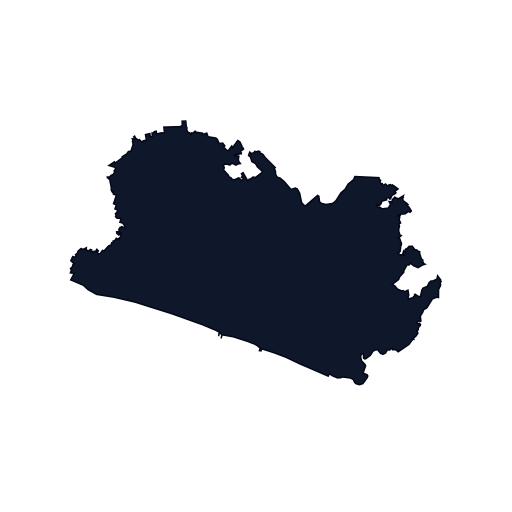 outline of Tuxpan, Veracruz, Mexico, rotated 135°
{"feature_id": "50627088B36827584115772", "entity_name": "Tuxpan", "entity_type": "district", "adm_level": 2, "iso_a3": "MEX", "parent_name": "Mexico", "parent_adm1": "Veracruz", "projection": "albers", "projection_center": [-97.453, 20.934], "detail": "fine", "context": "isolated", "style": "filled", "palette": "ink", "viewbox_px": 512, "rotation_deg": 135, "n_neighbors": 0, "source": "geoboundaries", "source_scale": "gbopen_adm2", "svg_char_len": 6124}
<svg xmlns="http://www.w3.org/2000/svg" viewBox="0 0 512 512"><g transform="rotate(135 256 256)"><path d="M403.9,370.1L398.8,357.5L398.5,350.8L395.9,341.6L385.5,327.2L374.5,309.5L356.4,274.8L342.5,245.4L336.8,231.5L335.9,228.1L339.1,225.7L336.4,227.6L335.5,224.5L339.0,222.4L335.7,224.2L335.4,223.8L329.1,214.8L322.8,202.5L319.3,194.8L318.4,191.3L318.3,187.7L320.5,186.7L319.6,185.4L317.5,186.2L311.6,174.7L306.5,163.4L301.2,148.5L289.9,120.0L287.3,120.9L286.7,117.4L284.6,112.2L282.0,109.9L280.4,109.3L275.6,103.1L274.5,99.8L275.7,96.8L275.5,94.8L273.8,91.8L270.7,90.2L263.5,91.3L261.8,92.1L261.4,93.5L262.8,96.7L262.5,97.8L256.2,100.8L255.6,102.3L255.5,107.2L253.3,110.8L250.8,112.1L249.1,111.0L252.2,107.7L251.9,106.3L250.9,105.7L245.3,104.9L240.5,106.0L237.6,104.9L236.3,103.5L236.8,99.0L235.7,96.7L233.2,95.8L229.4,96.7L227.9,94.9L226.5,95.2L225.5,94.5L225.7,93.1L223.5,91.0L223.2,87.7L210.3,85.3L204.1,86.3L203.4,85.5L203.1,86.5L199.5,86.3L196.1,86.9L195.4,89.1L193.4,89.1L192.7,90.0L190.5,90.7L190.0,91.9L188.9,91.9L188.9,90.8L188.1,91.3L188.0,92.7L189.2,93.5L189.7,94.8L189.1,95.5L186.1,94.6L186.3,93.6L185.5,93.3L182.3,97.3L177.7,98.4L175.6,99.5L171.8,98.5L161.7,100.9L157.7,99.3L156.3,97.6L150.6,103.2L146.3,104.7L144.4,106.9L143.1,107.1L143.0,108.5L142.3,108.6L141.6,113.6L144.4,111.7L148.6,113.3L150.0,114.6L152.3,114.8L156.3,113.4L160.7,115.2L162.8,114.6L168.7,110.9L169.9,113.2L170.5,116.5L171.1,116.6L171.8,115.2L173.0,115.9L174.4,115.5L179.1,118.2L175.6,120.4L172.7,124.4L176.2,125.6L176.4,127.5L177.7,128.3L179.3,132.5L179.0,137.0L179.9,139.6L171.9,138.5L169.2,139.7L163.0,140.0L161.8,141.1L155.6,142.9L154.2,141.5L151.9,141.6L151.4,137.5L149.6,133.1L145.0,132.0L142.3,130.7L142.7,131.7L142.3,133.5L140.8,135.4L141.2,136.8L138.7,141.8L137.2,143.3L138.2,145.0L137.9,146.2L139.9,149.3L139.0,149.3L138.6,152.5L141.0,154.6L144.3,154.4L145.0,155.0L145.8,155.0L145.8,154.3L147.2,152.8L147.7,155.3L150.6,153.8L151.0,151.8L151.6,153.4L153.0,154.6L153.8,157.4L151.0,157.3L147.7,159.7L147.2,160.8L146.1,160.7L144.4,161.8L141.8,167.4L142.0,168.1L138.9,167.7L139.4,168.9L137.7,172.4L135.8,174.3L133.7,175.4L132.2,177.7L130.4,177.1L129.2,180.3L126.7,182.0L126.3,182.6L127.6,183.9L126.0,184.6L124.9,182.8L123.5,183.5L123.0,182.3L120.7,180.3L117.0,179.8L116.0,177.9L114.3,178.0L113.3,182.2L113.6,184.0L112.9,184.9L112.2,184.7L112.1,186.4L113.0,187.0L112.3,187.6L112.8,190.9L111.8,193.0L110.4,193.2L110.3,194.0L109.3,194.4L115.2,195.9L115.5,197.5L116.2,197.9L116.2,199.5L120.1,199.4L121.4,197.8L123.4,200.3L124.5,197.3L128.7,196.4L133.7,200.4L133.7,202.4L134.9,203.6L135.4,205.3L135.2,206.9L134.4,206.6L133.2,204.4L130.4,204.6L128.3,205.8L123.9,203.3L123.0,204.7L120.8,203.5L121.1,201.5L119.2,201.7L119.4,202.5L114.6,202.5L114.7,201.9L112.4,201.7L112.1,203.5L108.1,203.0L108.9,208.4L109.4,208.4L109.3,209.9L110.3,210.2L110.6,211.6L111.7,212.3L112.5,211.6L113.4,212.1L113.5,215.3L116.3,216.0L115.5,217.9L116.5,218.8L116.0,220.8L114.5,221.3L114.5,223.4L113.6,224.4L129.9,242.3L133.0,241.0L140.0,241.7L145.8,240.2L151.3,240.6L160.2,238.6L163.1,238.7L165.0,239.2L170.1,243.0L172.5,246.9L172.7,249.5L169.3,253.8L169.6,255.3L185.6,256.5L186.2,258.1L185.9,261.7L180.8,269.4L179.4,274.3L180.1,276.2L184.2,278.3L183.4,288.9L183.9,294.4L184.5,294.3L185.2,297.4L184.2,300.2L182.6,301.8L181.0,305.0L179.9,305.0L179.9,319.4L179.3,322.2L179.5,324.3L180.4,325.6L179.4,327.2L180.3,328.6L182.7,329.8L182.7,330.8L184.8,330.6L186.8,331.8L187.0,333.9L190.2,332.3L189.9,329.9L192.2,325.7L191.0,321.7L192.0,318.0L191.7,312.0L192.2,310.9L193.5,310.9L200.9,311.9L202.2,313.9L205.4,314.4L206.8,315.2L207.2,314.6L208.7,314.9L206.2,324.1L208.2,324.4L208.5,322.5L210.7,321.8L209.9,320.3L210.4,319.6L212.6,319.1L212.9,323.5L217.1,325.0L218.7,327.2L218.4,328.9L219.1,331.0L218.4,332.7L218.1,338.9L217.7,340.3L216.1,340.7L215.0,343.1L213.3,343.1L211.4,341.1L210.2,338.8L207.4,338.6L205.9,334.4L203.6,333.8L201.7,332.4L201.3,335.1L200.1,336.9L197.6,338.6L200.1,341.8L200.0,342.8L197.7,341.9L197.5,341.5L198.1,341.6L197.0,340.5L194.8,339.6L194.3,338.7L193.5,339.1L193.7,340.1L192.7,340.9L189.2,340.4L188.7,341.4L189.7,342.5L188.3,343.4L186.7,348.1L187.2,350.6L195.8,349.2L195.4,350.9L201.3,350.1L201.8,350.8L202.0,355.9L200.2,355.9L199.7,359.4L202.5,361.5L200.8,366.0L201.0,367.9L205.6,374.3L203.9,377.7L208.0,379.7L206.9,380.6L210.8,385.9L210.8,387.0L211.7,386.5L211.8,387.5L213.0,387.1L214.5,388.5L215.9,387.6L215.7,390.1L216.7,390.9L215.8,394.2L214.2,395.4L213.8,396.8L210.2,401.1L212.9,403.6L215.8,400.4L216.9,400.8L217.2,400.2L230.0,412.3L233.7,407.7L236.1,410.3L240.0,412.4L238.3,414.8L239.5,415.6L240.4,415.8L240.8,415.2L242.6,416.5L244.6,413.8L246.4,415.0L244.5,417.7L248.3,420.0L251.6,415.4L254.0,417.1L256.2,417.3L256.1,420.7L257.3,421.2L257.8,424.5L257.1,426.6L258.3,426.7L258.2,425.9L259.3,424.6L260.6,426.3L261.2,424.6L262.3,424.5L263.7,422.0L270.4,418.5L272.3,420.1L275.2,419.6L279.5,420.6L280.7,420.7L281.0,420.0L289.7,421.2L289.5,422.7L296.0,424.0L293.2,418.8L293.5,416.6L295.7,416.8L297.2,415.1L299.0,414.6L301.9,415.6L303.4,415.2L305.3,417.0L305.7,416.4L305.4,413.4L310.1,406.5L311.9,404.8L312.4,402.7L311.6,402.5L313.1,400.6L311.8,397.7L319.8,393.7L318.5,391.0L322.5,389.0L321.2,386.4L323.2,385.4L323.0,384.9L325.4,385.4L326.8,383.0L327.5,383.1L327.6,381.1L324.9,377.9L328.4,376.1L327.0,373.5L327.7,369.3L329.0,369.3L330.3,371.8L331.1,371.4L331.8,371.7L331.8,372.3L334.1,371.9L335.0,369.8L337.4,371.7L338.4,370.5L338.2,367.8L335.6,369.1L336.0,368.2L335.2,367.6L335.4,366.9L336.8,367.2L337.2,365.2L341.2,365.5L340.9,364.5L342.3,365.0L341.7,365.6L342.2,367.3L345.0,366.8L346.7,367.6L347.0,366.5L348.5,366.7L348.9,367.4L351.2,366.0L352.1,367.1L353.8,367.4L360.0,367.0L360.5,368.5L364.4,367.9L366.2,369.0L365.9,370.5L363.9,371.1L363.8,373.3L364.9,373.1L364.9,371.7L365.5,371.2L366.8,372.8L366.6,373.4L369.4,375.1L367.9,376.5L368.5,377.8L371.4,378.2L371.4,380.9L370.2,381.8L373.7,383.0L374.4,385.0L378.4,385.3L380.1,384.3L382.6,384.5L382.4,383.5L385.2,383.3L386.0,385.2L390.3,383.6L390.1,379.1L391.7,379.3L393.3,378.2L396.0,378.3L396.7,376.4L399.2,375.3L396.8,372.3L403.9,370.1Z" fill="#0f172a" stroke="#020617" stroke-width="1.5"/></g></svg>